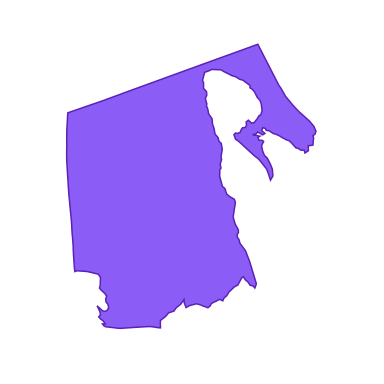 the district of Palmares do Sul, Rio Grande do Sul, Brazil, rotated 160°
{"feature_id": "56859067B50584819679722", "entity_name": "Palmares do Sul", "entity_type": "district", "adm_level": 2, "iso_a3": "BRA", "parent_name": "Brazil", "parent_adm1": "Rio Grande do Sul", "projection": "equal_earth", "projection_center": [-50.484, -30.349], "detail": "fine", "context": "isolated", "style": "filled", "palette": "violet", "viewbox_px": 384, "rotation_deg": 160, "n_neighbors": 0, "source": "geoboundaries", "source_scale": "gbopen_adm2", "svg_char_len": 3318}
<svg xmlns="http://www.w3.org/2000/svg" viewBox="0 0 384 384"><g transform="rotate(160 192 192)"><path d="M268.1,75.1L266.8,79.0L265.6,82.1L259.5,84.0L255.4,86.4L249.7,86.3L246.2,88.7L241.2,90.3L236.3,93.6L237.2,90.4L237.1,85.4L233.3,86.1L227.9,85.6L225.8,85.3L222.7,83.1L220.5,81.0L218.3,79.2L216.7,77.8L214.1,78.6L212.0,80.5L209.8,80.9L206.1,81.2L202.8,81.7L200.3,79.2L198.0,81.5L194.9,82.6L191.6,85.3L190.0,86.0L188.4,86.7L184.8,88.3L180.8,88.9L174.8,94.2L172.6,94.7L172.0,91.3L170.1,88.1L169.3,84.5L166.8,82.8L165.8,80.3L162.9,83.7L161.6,107.1L161.8,118.2L162.4,120.6L164.5,127.4L164.1,130.8L164.9,134.4L164.1,136.6L162.2,138.0L161.4,140.7L162.4,147.3L161.9,154.4L159.4,159.0L154.8,167.3L154.7,170.7L158.2,174.9L160.1,178.4L159.9,184.1L161.5,186.8L160.6,197.3L158.2,203.5L156.6,204.5L156.0,208.5L153.1,212.3L152.7,215.2L148.9,221.8L147.9,227.8L149.3,230.3L148.9,234.3L150.5,238.5L149.5,244.4L149.5,248.7L148.1,253.9L149.6,259.8L148.8,264.7L148.9,267.9L147.9,269.9L147.7,273.5L147.2,275.8L145.1,277.7L144.0,281.3L145.7,285.5L143.8,290.5L143.9,293.4L139.2,300.1L134.0,300.1L131.5,300.4L122.8,296.8L121.2,294.6L114.6,287.6L111.5,285.3L108.7,281.7L106.0,279.7L101.0,272.2L101.9,270.1L100.3,268.1L98.9,264.4L98.7,261.6L98.3,258.5L96.8,254.7L96.8,251.2L98.3,244.5L101.0,241.0L102.9,240.8L105.7,238.5L110.0,235.9L112.5,236.5L114.5,240.2L117.2,239.3L117.9,236.2L119.9,234.4L122.5,235.1L124.2,234.0L126.2,231.7L128.8,231.4L131.1,232.5L133.0,231.5L133.0,226.6L131.1,224.2L120.7,204.1L118.5,200.9L117.3,197.9L114.0,188.0L114.0,181.7L114.2,176.3L112.0,178.1L110.5,179.4L108.7,185.9L108.8,191.3L109.7,198.2L111.4,201.5L111.6,206.3L110.7,211.9L107.4,215.0L108.4,216.6L111.5,217.7L111.2,220.8L109.1,221.2L115.4,225.1L112.2,224.6L109.8,225.9L106.0,221.5L103.4,222.1L105.5,225.7L103.7,228.2L101.4,226.8L101.2,224.5L98.5,223.1L95.6,219.1L93.8,217.9L91.0,215.3L88.7,212.3L85.2,208.5L83.4,207.2L81.8,204.3L79.3,198.0L77.3,196.7L75.4,194.1L72.3,192.9L72.5,190.0L68.5,191.0L66.9,195.8L65.0,195.2L62.3,194.7L60.2,199.3L59.2,201.2L59.1,203.5L56.6,204.3L54.7,206.7L55.0,212.0L57.5,218.8L64.3,231.5L67.2,238.2L71.4,250.0L72.9,259.1L73.9,262.6L79.6,308.3L136.5,308.4L173.6,308.4L212.1,308.4L216.5,308.4L244.6,308.3L281.6,308.9L283.4,304.9L284.6,301.9L286.3,298.0L288.6,292.6L289.6,289.9L290.7,287.0L291.6,284.6L293.0,280.8L294.2,277.3L295.1,275.1L296.2,272.2L297.1,269.7L298.0,267.2L299.2,263.6L300.5,259.2L301.5,255.9L303.0,250.9L304.0,247.5L304.9,244.3L306.0,240.7L306.8,237.9L307.6,235.1L309.0,230.3L310.1,225.7L311.2,221.7L311.9,219.0L312.6,216.2L313.5,212.7L314.3,209.5L315.1,206.5L316.4,202.0L317.3,199.1L318.1,196.4L319.0,193.4L320.2,188.6L321.3,184.9L322.2,181.7L323.2,178.9L323.8,176.7L324.7,174.0L325.7,170.5L326.7,167.1L327.5,164.3L328.4,161.2L329.3,157.3L326.9,157.3L325.0,156.4L322.5,155.3L317.5,153.0L308.1,146.8L307.3,142.8L310.2,135.7L311.8,133.3L311.0,131.0L308.7,126.6L307.8,123.2L309.7,121.1L310.4,118.2L309.4,115.0L310.0,111.6L312.0,110.0L314.2,109.4L316.6,110.9L317.9,113.3L320.1,117.5L319.7,114.2L319.5,111.1L320.1,107.8L322.4,106.5L321.2,103.6L319.6,101.4L318.7,97.8L321.3,98.6L320.3,95.9L318.9,94.7L315.6,93.1L311.8,91.2L308.5,89.5L306.1,88.4L294.3,85.0L290.2,83.8L287.9,83.1L285.4,82.4L283.1,81.7L279.2,80.5L277.2,79.8L274.0,78.2L270.9,76.4L268.1,75.1Z" fill="#8b5cf6" stroke="#5b21b6" stroke-width="1.5"/></g></svg>